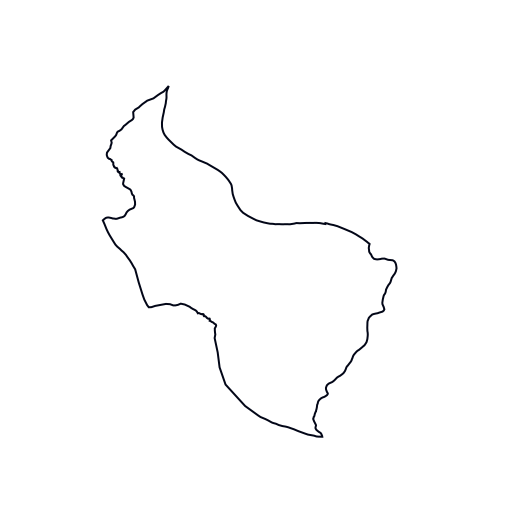 Huoixai, Bokeo, Laos (orthographic projection), rotated 243°
{"feature_id": "54806243B92190499984155", "entity_name": "Huoixai", "entity_type": "district", "adm_level": 2, "iso_a3": "LAO", "parent_name": "Laos", "parent_adm1": "Bokeo", "projection": "orthographic", "projection_center": [100.641, 20.359], "detail": "fine", "context": "isolated", "style": "outline", "palette": "ink", "viewbox_px": 512, "rotation_deg": 243, "n_neighbors": 0, "source": "geoboundaries", "source_scale": "gbopen_adm2", "svg_char_len": 6079}
<svg xmlns="http://www.w3.org/2000/svg" viewBox="0 0 512 512"><g transform="rotate(243 256 256)"><path d="M357.3,135.7L353.4,135.5L347.8,135.0L344.4,134.9L340.9,135.0L333.3,135.6L330.0,135.9L327.4,136.6L323.8,138.1L322.1,138.6L319.5,139.7L316.1,140.6L313.7,140.9L312.4,141.1L309.4,141.6L306.0,141.9L302.9,142.0L299.0,142.3L285.7,139.5L273.3,137.4L267.9,136.7L261.6,136.7L259.0,137.2L257.9,139.6L257.3,143.5L254.2,154.0L252.1,157.5L249.6,159.8L248.6,161.7L247.9,164.3L247.7,167.3L245.1,170.5L240.8,173.9L239.8,174.3L237.6,175.6L236.7,176.3L235.0,177.5L233.7,178.0L232.8,178.1L231.3,178.2L231.2,179.0L230.9,179.4L229.9,180.1L228.9,181.0L228.8,181.5L228.3,182.5L227.8,182.8L227.3,182.8L226.9,182.3L226.4,182.3L225.9,182.4L225.7,182.9L225.3,183.5L224.1,184.0L223.2,184.1L222.8,184.4L222.1,184.7L221.7,185.1L221.5,185.9L221.3,186.2L220.7,186.2L220.1,185.9L219.8,185.7L219.6,185.5L219.3,185.3L218.7,186.0L217.5,186.5L216.6,187.4L216.3,187.5L215.5,187.9L214.9,188.1L214.4,188.3L213.5,188.9L213.2,189.1L212.1,188.9L211.4,188.2L210.7,187.2L210.2,186.4L209.1,185.9L208.3,185.5L206.3,184.7L204.5,184.1L201.7,181.9L187.5,178.1L173.3,173.0L155.3,170.5L127.3,178.2L113.0,185.5L110.5,186.9L106.5,190.3L104.1,192.1L100.5,194.5L99.4,195.5L97.4,197.7L95.1,199.5L92.5,202.3L90.8,204.6L89.8,205.8L88.5,207.2L86.9,208.7L84.3,211.2L81.9,213.2L80.3,214.6L78.7,216.1L77.3,217.4L75.8,218.8L73.3,221.2L69.6,226.1L67.8,227.9L66.9,229.3L66.3,230.3L64.9,233.0L65.5,233.2L66.6,233.3L67.6,233.4L69.1,233.2L70.5,232.3L71.9,231.6L73.6,230.9L74.4,230.8L75.3,230.8L75.7,230.9L76.4,231.3L77.7,232.5L78.4,232.7L79.3,232.7L82.3,232.7L84.3,232.9L84.9,233.0L85.2,233.3L85.6,233.8L85.9,234.0L86.2,234.1L86.4,234.5L86.9,235.3L88.6,236.7L89.4,237.6L89.9,238.1L90.3,238.9L90.8,239.2L91.4,239.7L92.0,240.3L93.5,241.5L95.6,242.9L96.6,244.1L97.6,244.8L98.5,245.9L99.1,247.2L99.4,248.3L99.7,249.6L99.7,251.3L99.5,252.4L99.5,253.7L99.7,255.5L99.9,256.3L100.3,257.0L100.7,257.5L101.5,257.6L102.9,257.5L105.2,257.8L106.2,258.2L106.8,258.5L107.3,259.0L108.3,260.1L108.7,260.7L109.1,262.1L109.3,263.2L109.2,264.9L109.1,266.5L109.3,268.0L109.7,269.6L110.3,271.3L110.9,273.0L111.1,274.7L111.1,276.5L111.6,279.4L112.0,280.9L113.1,283.0L114.5,284.7L115.4,285.6L116.3,286.8L116.6,287.8L117.6,289.9L118.8,292.5L119.5,293.6L120.5,294.6L121.2,295.5L122.0,296.3L122.9,297.3L123.6,298.4L124.2,299.8L124.6,300.8L125.2,302.3L125.5,303.6L125.6,305.1L126.1,307.4L126.3,308.2L127.3,312.3L128.3,314.1L129.1,315.4L131.3,317.4L134.0,319.2L135.4,320.0L137.0,320.7L138.6,321.2L141.6,322.6L144.5,324.2L146.0,325.0L147.4,325.9L148.4,327.1L149.6,328.4L150.2,329.8L151.1,333.0L150.8,334.8L150.4,336.4L149.8,338.4L149.6,340.2L149.0,343.5L149.4,345.1L150.3,346.2L150.6,346.2L152.4,346.6L155.7,346.8L157.1,347.4L159.9,349.4L162.0,351.2L162.4,351.5L163.3,352.6L163.9,353.9L165.2,355.3L167.0,356.6L168.0,357.9L168.9,359.1L170.0,360.8L171.0,363.0L171.9,364.2L173.5,365.7L174.9,367.1L175.5,368.3L176.2,369.4L177.0,371.1L177.9,372.5L179.0,373.8L181.2,375.6L182.7,376.2L184.9,376.9L186.7,377.1L188.4,376.9L190.1,375.9L191.2,374.2L192.6,372.0L193.2,371.4L194.8,369.9L195.5,369.1L196.5,366.9L196.8,365.5L197.4,363.8L197.8,362.7L198.4,361.7L199.2,360.7L199.7,360.0L200.7,359.6L201.4,359.4L202.0,359.2L202.9,359.1L204.6,359.2L205.3,359.2L205.9,359.1L206.2,358.9L207.6,358.8L208.4,358.8L209.9,359.4L211.9,360.1L212.5,360.5L213.3,361.1L214.0,361.6L214.9,362.5L215.3,362.7L216.8,361.9L218.3,361.3L220.9,360.0L223.0,359.0L224.7,358.0L226.6,356.8L230.0,354.8L233.9,352.1L239.6,347.3L245.6,342.1L246.7,340.9L248.4,339.1L250.2,336.8L251.4,335.4L252.4,334.5L253.8,332.8L253.0,332.3L254.2,330.6L256.3,327.9L258.2,324.7L259.6,321.8L261.0,319.1L262.5,316.1L263.6,313.7L265.3,309.9L267.0,307.0L267.5,304.8L268.8,300.8L270.8,297.0L272.4,293.7L274.0,290.9L275.6,287.6L276.9,285.8L278.5,283.0L279.9,281.2L282.4,278.1L285.3,275.0L287.6,272.6L290.3,270.6L295.4,267.0L300.4,264.1L303.9,263.0L306.6,262.7L309.5,262.4L312.7,262.2L316.0,262.5L319.0,262.9L321.8,263.4L325.3,264.6L327.2,265.4L330.1,266.3L331.7,266.4L335.4,266.0L337.2,265.7L340.2,265.0L342.9,264.2L345.6,263.3L347.7,262.3L350.1,261.0L358.5,255.6L360.6,254.3L362.1,253.0L364.6,250.9L367.0,248.8L368.6,247.6L371.0,246.2L374.9,244.2L377.6,242.1L381.3,239.7L384.6,237.9L389.8,234.4L392.6,233.2L399.5,230.9L402.1,230.2L405.4,229.6L408.0,229.6L411.0,230.1L413.7,230.9L416.8,232.4L417.9,233.0L421.9,235.8L423.6,237.2L425.8,239.0L428.3,240.8L430.2,242.6L433.0,244.9L435.0,246.2L436.7,247.5L438.0,248.3L440.5,249.5L441.9,250.3L443.4,251.4L444.5,252.5L445.6,253.9L446.8,255.1L447.1,255.4L444.9,249.8L444.4,248.2L444.3,245.2L443.9,241.6L443.0,236.2L443.8,229.6L442.9,223.7L442.0,220.2L441.6,219.1L441.3,214.8L440.0,211.9L434.9,209.8L433.9,208.5L433.5,207.1L433.2,203.7L432.1,199.2L431.8,197.3L430.4,194.6L429.9,193.6L429.5,191.1L429.6,189.7L429.2,188.4L428.4,187.5L427.3,186.3L426.6,184.9L425.3,181.0L424.8,179.4L422.4,178.8L421.1,177.6L420.1,176.5L418.3,175.2L415.8,170.2L414.2,169.1L413.1,168.7L411.0,168.5L410.3,168.7L409.8,169.1L409.1,169.3L408.7,170.0L408.1,170.3L407.6,170.5L407.2,170.9L406.2,170.6L405.4,170.7L404.7,171.1L404.2,171.3L403.5,171.0L402.4,170.4L401.5,170.2L400.9,170.3L400.1,170.0L399.6,170.4L398.8,170.4L398.4,170.8L397.8,171.2L397.6,171.5L397.6,171.9L396.6,172.0L395.8,171.8L395.4,171.6L394.8,171.7L394.3,171.6L394.1,171.2L393.8,171.2L393.3,171.5L392.9,172.4L392.5,172.1L392.0,172.3L391.6,172.0L391.1,172.0L390.8,172.3L390.2,172.7L390.1,173.1L390.0,173.6L389.8,173.6L389.6,173.0L389.3,172.7L388.3,172.4L388.3,172.1L388.4,171.9L386.7,172.2L386.6,172.5L386.3,172.8L385.7,172.9L385.6,173.0L385.1,173.6L384.9,173.7L384.5,173.4L381.1,170.6L380.3,170.2L378.4,170.3L376.8,171.2L372.6,174.0L371.5,174.3L369.7,174.2L368.2,173.8L366.8,173.7L365.4,174.3L364.5,174.4L363.1,173.7L361.7,173.4L359.2,172.8L356.7,171.6L354.9,169.7L354.4,168.5L354.7,164.4L354.3,162.2L353.6,160.5L352.2,158.6L351.3,156.9L351.2,155.4L351.4,153.9L351.8,152.6L352.3,149.2L352.7,148.0L353.8,146.5L354.6,145.2L355.2,144.7L356.6,143.0L357.4,141.9L357.9,140.6L358.1,139.4L357.8,137.6L357.3,135.7Z" fill="none" stroke="#020617" stroke-width="2"/></g></svg>